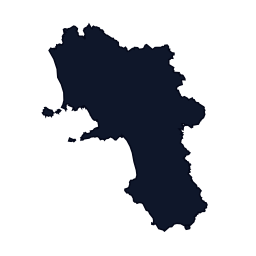 Campania, Salerno, Italy, rotated 13°
{"feature_id": "23120603B14973764900567", "entity_name": "Campania", "entity_type": "district", "adm_level": 2, "iso_a3": "ITA", "parent_name": "Italy", "parent_adm1": "Salerno", "projection": "orthographic", "projection_center": [14.61, 40.749], "detail": "fine", "context": "isolated", "style": "filled", "palette": "ink", "viewbox_px": 256, "rotation_deg": 13, "n_neighbors": 0, "source": "geoboundaries", "source_scale": "gbopen_adm2", "svg_char_len": 5770}
<svg xmlns="http://www.w3.org/2000/svg" viewBox="0 0 256 256"><g transform="rotate(13 128 128)"><path d="M33.7,70.2L40.3,77.4L45.7,86.4L48.2,94.5L53.2,100.3L57.5,107.8L59.5,115.5L59.4,120.0L58.8,122.0L58.3,121.8L59.1,122.3L58.8,122.5L58.7,122.8L62.2,123.4L63.3,124.6L63.3,123.4L62.3,123.0L63.5,123.1L62.6,121.9L62.7,120.4L61.7,119.6L63.0,118.2L64.8,118.0L65.9,118.5L66.1,118.9L65.6,119.3L70.0,120.0L70.4,120.4L69.8,120.9L70.4,120.5L70.7,121.1L70.4,121.3L70.9,121.1L71.1,121.6L70.6,122.2L70.1,121.9L70.0,122.8L71.2,122.0L72.4,122.9L74.2,121.8L74.2,120.4L75.9,118.2L77.5,118.1L78.1,118.7L78.0,118.3L78.6,117.7L80.6,118.3L78.3,117.5L79.2,117.4L78.8,117.1L79.5,116.5L79.9,116.5L79.6,117.1L80.2,116.7L80.1,117.3L80.4,116.5L80.7,116.7L80.5,117.1L81.9,117.2L82.5,118.2L82.7,117.8L84.9,119.4L88.2,123.1L88.2,123.8L88.3,124.0L88.3,123.5L91.5,126.9L93.3,127.9L95.3,127.5L96.5,128.8L96.0,128.2L96.2,127.5L97.6,129.1L99.3,133.1L99.2,134.7L98.5,135.2L98.7,134.2L96.4,135.6L95.5,136.4L94.6,138.3L92.2,139.5L92.7,140.1L92.0,141.7L89.2,142.9L87.4,142.1L87.0,143.0L86.3,142.9L86.5,144.1L85.4,145.4L85.1,147.1L84.5,147.8L85.2,148.0L84.7,148.7L84.9,150.1L86.0,149.1L86.4,149.2L86.1,149.9L86.8,149.7L87.5,148.5L92.4,146.5L93.7,145.1L96.7,144.0L97.7,144.2L99.9,143.0L101.8,143.6L103.7,145.5L105.1,144.6L107.5,144.4L107.8,145.0L108.9,143.3L111.0,142.4L112.8,140.4L116.1,141.2L117.6,142.3L118.9,142.3L121.3,138.2L122.7,137.7L123.9,138.2L123.1,137.6L123.8,137.0L124.1,137.4L124.0,136.9L124.7,137.6L123.6,138.6L124.2,138.4L124.7,137.6L124.4,137.2L125.0,136.9L129.8,140.2L134.3,145.4L137.8,151.0L141.5,159.5L145.7,167.2L147.4,171.9L147.2,175.8L145.6,176.6L145.9,176.1L144.5,177.9L142.4,178.5L141.8,180.5L142.5,182.0L142.3,185.4L141.3,186.8L138.8,188.3L139.1,189.7L141.5,191.5L143.0,190.9L144.6,192.3L146.7,192.6L149.1,195.3L149.9,197.8L151.2,198.6L152.5,198.4L153.7,199.3L155.5,198.1L158.0,197.7L159.8,198.4L164.3,204.0L166.7,204.2L168.5,206.6L172.9,210.1L173.9,212.4L174.2,214.9L173.6,215.5L172.6,215.3L172.9,216.4L174.8,216.3L175.1,215.6L177.0,215.2L180.6,219.1L186.2,219.4L186.0,219.8L186.7,220.2L190.5,214.9L192.8,214.3L194.5,211.1L197.0,209.9L201.0,209.3L205.1,210.5L205.9,209.8L206.5,210.4L205.9,211.7L206.5,212.7L207.5,213.6L208.9,213.0L210.6,212.1L210.6,211.0L209.9,209.9L208.3,209.2L210.7,208.5L213.3,204.4L213.0,203.8L213.6,201.7L212.7,199.5L214.2,198.1L213.8,197.1L215.4,196.0L215.4,194.4L217.3,194.3L218.9,192.6L221.1,192.1L221.6,191.4L220.7,189.8L220.9,188.9L222.3,188.0L221.8,186.0L222.3,185.2L221.0,183.4L218.8,183.3L218.5,182.4L216.5,182.1L214.9,180.3L215.3,179.5L214.4,179.2L212.8,177.1L212.6,174.7L213.3,172.8L210.2,170.5L208.9,171.0L207.5,168.4L201.7,164.9L202.2,164.6L200.9,163.0L201.0,161.8L197.2,159.4L196.9,158.1L198.3,156.9L196.9,155.4L197.8,154.2L196.9,153.8L196.9,152.3L196.0,151.1L197.2,149.8L196.7,149.2L195.4,149.5L194.5,147.7L192.7,147.5L192.1,146.7L191.1,146.8L190.2,145.5L188.9,144.9L190.3,142.6L190.5,141.2L192.5,140.4L193.6,139.2L193.8,138.2L192.8,138.1L192.3,137.1L190.7,137.0L188.9,135.3L186.9,134.7L185.2,132.3L182.5,130.9L182.2,127.7L182.6,126.1L183.3,125.6L182.3,124.1L183.0,122.2L181.0,121.9L182.3,120.4L181.0,120.2L180.3,118.8L178.1,117.5L180.4,116.9L182.0,117.3L181.6,114.3L182.1,113.5L179.9,113.1L179.8,111.7L181.7,111.2L182.9,112.5L184.1,112.3L184.2,111.7L186.7,112.0L189.6,113.4L190.7,112.6L190.2,110.7L195.7,108.4L196.6,104.8L197.2,104.4L197.0,103.7L199.2,100.9L199.7,97.5L198.5,95.1L198.8,93.4L197.7,92.5L197.5,90.8L196.9,90.4L191.6,88.6L191.0,87.7L188.0,87.8L186.1,85.6L184.9,85.8L183.9,84.4L180.7,87.0L179.3,85.8L175.9,84.8L173.9,86.2L171.1,84.4L171.2,83.5L170.4,83.2L168.7,80.3L168.4,80.7L166.4,79.4L166.2,77.1L167.3,76.2L167.4,75.5L171.0,73.4L169.4,70.1L169.5,68.7L172.6,68.2L172.2,67.1L169.7,64.5L168.5,64.3L167.1,65.2L166.7,63.9L165.2,63.5L165.3,62.6L160.6,63.4L159.4,62.6L159.7,61.9L158.5,60.6L158.9,58.9L153.5,57.1L152.3,52.3L153.4,51.6L154.1,50.3L155.9,50.0L154.8,48.0L155.3,46.7L156.3,46.3L156.1,45.2L155.9,44.7L153.8,44.9L151.1,43.6L150.8,42.0L149.8,42.5L149.0,39.5L147.5,38.4L145.3,39.2L145.2,40.5L143.3,40.9L142.0,42.1L136.3,43.5L134.8,45.6L133.8,45.9L127.3,42.6L126.2,43.5L125.5,46.7L124.4,47.7L121.0,48.9L119.4,47.6L116.2,48.1L116.1,49.7L115.2,49.2L114.3,49.7L111.7,52.8L110.7,53.4L109.1,52.5L109.1,51.4L107.4,49.9L106.0,51.5L103.4,50.8L101.7,51.1L100.2,50.1L99.2,46.7L98.1,46.6L97.2,45.6L94.6,45.4L93.4,44.0L92.2,44.4L86.9,42.4L85.5,42.4L81.6,40.1L82.3,39.6L81.1,38.4L78.4,38.6L77.6,37.1L74.4,36.7L73.0,37.2L71.5,36.6L70.9,37.4L70.7,39.3L69.5,38.8L66.7,35.8L66.5,37.1L65.8,37.7L66.0,38.3L63.1,40.9L63.6,41.6L63.0,41.9L62.8,43.1L65.3,46.1L65.0,48.4L65.9,50.0L65.8,50.5L65.1,49.8L64.4,50.0L63.3,48.8L59.5,49.7L58.1,48.1L58.0,46.8L55.7,45.0L56.4,44.0L56.3,42.5L53.5,41.0L52.1,41.0L49.1,44.1L47.5,44.7L46.7,46.0L46.4,45.5L44.2,45.5L43.0,46.5L43.7,48.1L45.4,48.6L44.2,49.2L45.2,50.6L44.3,51.2L43.6,53.2L44.4,53.5L43.8,53.9L44.4,55.8L44.0,56.5L45.9,59.5L45.4,61.2L44.8,62.0L43.5,61.7L42.8,62.5L42.2,61.8L40.5,63.2L39.9,63.1L40.1,64.0L39.6,65.0L40.9,65.4L40.0,65.4L40.2,66.7L39.4,66.6L38.7,67.7L38.4,67.0L35.9,68.0L34.9,67.6L33.7,70.2ZM43.3,126.5L42.3,126.9L42.9,127.6L42.5,128.9L41.6,129.4L42.2,131.8L41.3,132.5L42.9,134.0L44.6,133.8L45.2,134.9L45.3,134.0L45.8,133.7L47.8,134.3L49.5,133.1L50.8,133.9L50.8,132.9L51.8,132.4L51.3,130.4L52.0,130.0L51.1,129.9L50.8,128.9L49.9,128.3L49.3,128.5L49.3,128.4L49.6,128.3L49.7,128.0L46.5,128.0L46.9,127.5L46.2,127.9L43.3,126.5ZM79.0,151.1L77.2,151.7L73.4,151.0L73.1,154.0L75.6,153.8L77.5,152.8L78.3,153.4L79.5,151.6L79.0,151.1ZM56.6,125.5L55.5,126.3L56.0,126.7L55.2,128.2L54.6,128.0L54.1,128.7L54.8,129.1L54.6,128.3L55.4,128.5L55.6,128.0L56.0,128.9L56.7,129.2L56.2,128.1L57.3,127.9L56.9,127.1L57.7,126.5L58.1,126.9L58.5,126.1L56.6,125.5Z" fill="#0f172a" stroke="#020617" stroke-width="1.5"/></g></svg>